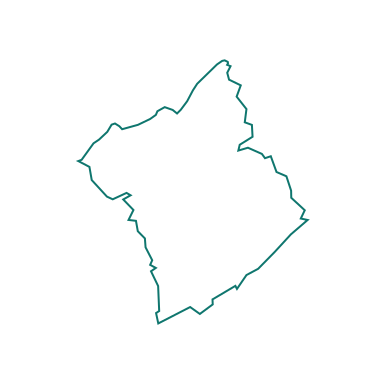 the district of Glynn, Georgia, United States of America, rotated 213°
{"feature_id": "52423323B35006791438696", "entity_name": "Glynn", "entity_type": "district", "adm_level": 2, "iso_a3": "USA", "parent_name": "United States of America", "parent_adm1": "Georgia", "projection": "equal_earth", "projection_center": [-81.504, 31.233], "detail": "fine", "context": "isolated", "style": "outline", "palette": "teal", "viewbox_px": 384, "rotation_deg": 213, "n_neighbors": 0, "source": "geoboundaries", "source_scale": "gbopen_adm2", "svg_char_len": 1113}
<svg xmlns="http://www.w3.org/2000/svg" viewBox="0 0 384 384"><g transform="rotate(213 192 192)"><path d="M148.7,63.4L130.9,94.5L119.0,94.0L113.4,109.0L116.3,113.1L104.5,136.9L101.5,135.2L101.1,152.0L94.7,163.6L90.0,186.7L86.0,210.3L79.8,231.5L86.3,229.0L87.5,238.1L105.6,241.2L109.6,247.1L121.4,256.6L132.0,254.8L145.4,264.9L149.2,260.1L154.1,262.0L169.2,259.6L175.7,252.0L177.7,257.6L171.3,271.3L178.3,280.9L185.7,279.2L191.5,291.2L206.5,296.3L209.2,308.0L222.1,306.4L227.4,311.2L228.2,318.5L231.8,317.8L231.9,319.6L232.9,320.6L236.3,320.2L238.1,318.4L240.5,312.6L246.6,285.6L246.6,277.8L245.5,265.5L246.2,254.8L247.3,249.7L252.9,250.3L261.1,248.3L265.0,240.9L264.3,237.0L266.9,230.4L273.9,218.9L284.8,206.6L288.8,207.6L293.9,207.5L296.1,204.7L295.8,196.3L298.5,185.3L301.1,179.2L302.1,158.9L304.2,156.0L291.7,157.2L282.6,147.4L260.8,141.8L254.5,142.7L246.4,155.6L241.7,155.8L245.6,148.3L231.3,145.0L230.0,134.0L223.3,137.3L216.1,129.6L206.2,127.4L200.8,120.3L188.2,113.1L187.4,108.1L181.0,108.6L183.2,103.2L169.2,94.7L154.7,74.3L156.2,70.9L148.7,63.4Z" fill="none" stroke="#0f766e" stroke-width="2"/></g></svg>